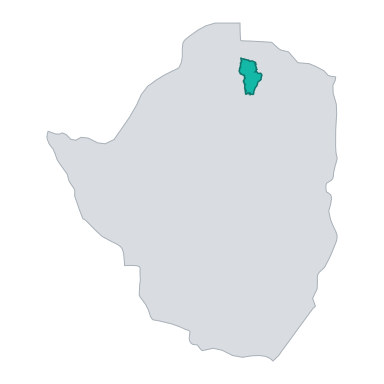 Guruve, Mashonaland Central, Zimbabwe shown in context
{"feature_id": "62879985B94788523957313", "entity_name": "Guruve", "entity_type": "district", "adm_level": 2, "iso_a3": "ZWE", "parent_name": "Zimbabwe", "parent_adm1": "Mashonaland Central", "projection": "equal_earth", "projection_center": [30.574, -16.701], "detail": "fine", "context": "in_parent", "style": "filled", "palette": "teal", "viewbox_px": 384, "rotation_deg": 0, "n_neighbors": 0, "source": "geoboundaries", "source_scale": "gbopen_adm2", "svg_char_len": 5532}
<svg xmlns="http://www.w3.org/2000/svg" viewBox="0 0 384 384"><path d="M273.0,361.0L269.7,358.1L265.1,356.3L259.3,355.5L251.8,355.8L242.5,357.3L232.6,355.5L222.0,350.2L213.1,348.3L202.6,350.6L202.1,350.7L200.3,348.9L197.4,345.0L192.6,344.3L191.3,343.4L190.2,342.0L189.5,340.1L189.2,338.1L190.0,331.7L189.5,331.0L188.3,330.3L185.6,329.5L179.3,326.6L171.3,323.8L158.3,320.7L153.3,319.9L152.1,319.0L150.6,316.6L148.1,309.3L145.7,304.5L140.1,297.0L139.2,294.7L139.5,288.7L139.8,284.0L140.4,279.9L140.1,276.1L140.0,271.3L140.2,268.2L139.4,266.8L137.4,265.8L131.6,265.4L124.6,265.6L124.3,260.7L123.6,253.3L122.3,249.0L120.7,246.8L117.4,244.4L110.9,241.2L102.0,236.4L94.4,229.2L85.6,220.2L82.9,218.7L79.6,210.3L74.6,195.9L74.9,191.1L74.1,188.7L69.3,181.6L68.2,178.0L67.3,174.2L59.7,163.8L57.0,159.3L55.0,153.5L53.0,148.8L51.3,146.9L49.1,143.8L47.6,140.1L46.9,137.4L47.4,133.8L48.1,131.3L55.4,133.9L59.3,134.1L62.4,132.9L66.2,134.6L70.8,139.3L75.8,140.2L81.1,137.3L88.3,138.1L97.5,142.8L105.1,143.8L114.0,139.6L122.0,128.1L129.5,117.2L136.8,104.6L141.3,94.5L147.8,86.2L156.4,79.9L165.3,74.5L178.8,67.9L181.4,62.4L182.3,56.5L182.3,48.2L183.0,42.9L184.4,40.4L186.6,38.5L189.5,36.1L198.4,29.8L205.9,25.8L215.0,23.1L225.0,23.1L234.6,23.1L240.0,23.0L240.1,31.0L240.5,40.0L241.6,40.8L248.8,41.0L260.4,41.6L271.6,42.3L278.7,48.7L281.1,50.1L288.5,51.9L297.9,62.7L309.3,63.7L317.1,67.1L324.0,70.8L327.9,75.2L330.5,76.2L334.0,76.6L335.7,77.0L335.3,80.2L332.9,85.6L333.2,93.3L336.3,104.1L336.7,113.4L335.7,129.9L335.6,145.9L335.9,151.5L336.4,155.3L337.1,157.4L337.0,159.7L335.0,166.4L333.5,173.4L333.4,176.2L332.8,178.2L331.7,180.0L326.7,183.2L325.9,185.2L325.9,188.8L326.5,191.9L328.4,193.0L330.6,194.7L331.4,197.0L331.4,199.4L330.7,203.9L328.7,211.2L330.6,219.7L332.8,225.2L335.8,231.5L337.1,235.4L337.0,238.2L336.5,241.0L331.9,252.5L328.6,259.7L324.5,267.4L319.2,272.3L317.8,274.6L317.3,277.2L317.4,283.0L317.1,289.0L312.6,298.3L315.4,306.2L314.7,307.0L313.2,308.1L306.6,317.1L300.0,326.1L295.2,332.7L289.7,340.3L283.5,348.7L278.3,355.9L273.0,361.0Z" fill="#d9dde1" stroke="#a8b0b8" stroke-width="1"/><path d="M254.9,62.1L254.1,61.9L253.3,61.4L253.1,61.3L252.9,61.2L252.3,61.0L252.0,60.9L251.5,61.0L251.1,61.1L250.8,61.1L250.1,61.0L249.9,61.1L249.5,61.3L249.2,60.8L248.7,60.5L248.6,60.1L248.3,60.0L248.1,60.0L247.9,60.1L247.7,60.1L247.3,60.0L247.1,59.9L246.6,59.7L245.8,59.7L245.3,59.4L245.0,59.3L244.8,59.2L244.5,59.2L244.4,59.3L244.3,59.2L244.2,59.2L243.8,58.8L243.7,58.8L243.3,58.9L243.0,59.0L242.8,59.0L242.6,59.0L242.3,58.8L241.8,58.7L241.6,58.7L241.4,58.8L241.4,58.7L241.3,58.2L240.9,58.2L240.9,58.4L240.9,58.5L241.0,58.6L241.0,58.8L240.9,58.9L240.9,59.0L241.0,59.1L241.1,59.6L241.2,59.8L241.3,60.5L241.6,60.7L241.6,60.8L241.5,61.1L241.5,61.5L241.4,61.6L241.2,61.9L241.1,62.1L241.1,62.4L241.0,62.5L240.9,62.5L240.9,62.8L240.6,63.0L240.4,63.1L240.4,63.3L240.8,63.7L240.8,63.8L240.7,64.0L240.7,64.3L240.6,64.5L240.5,65.0L240.4,65.4L240.3,65.7L240.3,65.9L240.4,66.0L240.4,66.3L240.4,66.6L240.4,66.8L240.5,67.0L240.4,67.0L240.2,67.1L240.0,67.4L240.0,67.6L239.9,67.6L239.8,67.8L239.8,68.0L239.7,68.3L239.7,68.6L239.5,69.0L239.5,69.3L239.7,69.5L239.5,69.9L239.4,70.0L239.3,70.3L239.2,71.0L239.3,71.6L239.4,71.8L239.7,72.0L239.8,72.2L239.9,72.3L240.0,72.5L240.1,72.9L240.0,73.0L240.2,73.4L240.2,73.5L240.3,73.7L240.4,73.8L240.6,73.7L240.8,73.7L240.8,73.8L241.0,74.0L241.3,74.0L241.5,74.1L241.9,74.4L242.0,74.5L242.3,74.5L242.5,74.7L242.6,74.8L242.9,74.9L243.2,75.0L243.3,75.1L243.9,75.1L243.9,75.4L244.0,75.6L244.3,75.4L244.5,75.4L244.5,75.5L244.4,75.7L244.3,76.1L244.4,76.3L244.5,76.5L244.7,77.1L244.7,77.4L244.6,77.5L244.8,77.7L245.0,77.7L245.0,77.9L244.9,77.9L244.8,78.0L244.7,78.1L244.6,78.3L244.8,78.6L244.6,78.8L244.4,79.0L244.3,79.3L244.3,79.5L244.2,79.7L244.1,79.9L243.9,80.1L243.7,80.4L243.7,80.5L243.5,80.8L243.4,80.9L243.4,81.1L243.5,81.2L243.5,81.3L243.5,81.5L243.8,81.7L243.9,81.8L243.8,82.1L244.0,82.1L244.2,83.0L244.3,83.2L244.3,83.4L244.3,83.5L244.6,83.8L244.7,83.7L244.8,83.8L244.9,84.1L244.7,84.4L244.7,84.6L244.8,84.6L244.7,84.7L244.7,84.9L244.6,85.0L244.8,85.3L244.8,85.5L244.9,85.9L244.9,86.0L244.9,86.3L244.9,86.7L244.8,86.8L244.8,87.3L244.7,87.5L244.7,87.9L244.8,88.0L244.7,88.3L244.8,88.4L245.0,88.6L245.0,89.2L245.0,89.4L245.2,89.5L245.1,89.8L245.3,89.8L245.6,90.0L245.8,90.1L245.8,90.4L245.9,90.5L245.8,90.8L245.6,90.8L245.4,91.0L245.3,91.3L245.4,91.5L245.5,91.5L245.4,91.6L245.4,91.8L245.4,92.0L245.5,92.5L245.5,92.9L245.6,93.1L245.6,93.4L245.6,93.5L245.6,93.8L245.6,94.0L246.8,94.1L247.0,93.6L247.6,93.0L248.1,92.9L248.2,93.0L248.4,92.9L248.9,92.7L249.0,92.7L249.1,92.8L249.2,93.9L250.1,93.3L250.3,94.6L251.1,94.0L252.1,94.3L252.9,94.5L253.3,94.2L253.7,93.6L253.7,92.2L254.0,90.9L254.5,89.9L254.8,88.8L255.5,87.2L256.6,86.3L256.7,85.6L257.4,84.5L257.6,82.9L257.8,82.0L260.3,80.3L261.1,79.3L261.0,78.8L261.2,77.8L261.3,76.7L261.7,76.1L261.9,75.2L261.5,74.1L261.0,73.8L260.7,73.3L259.0,73.4L258.3,73.4L257.8,73.2L256.5,71.4L255.8,71.7L255.2,71.8L257.0,69.3L256.1,68.9L256.2,68.3L256.2,68.1L256.3,67.9L256.4,67.7L256.2,67.4L256.2,67.1L255.9,66.8L255.8,66.7L255.9,66.4L255.8,66.1L255.8,65.9L255.7,65.7L255.7,65.8L255.6,65.6L255.6,65.4L255.5,65.2L255.4,65.1L255.3,64.9L255.4,64.7L255.5,64.8L255.5,64.6L255.4,64.6L255.2,64.5L255.2,64.4L255.3,64.2L255.3,64.3L255.4,64.2L255.5,64.0L255.4,64.0L255.4,63.9L255.5,63.9L255.4,63.8L255.5,63.8L255.4,63.7L255.5,63.6L255.7,63.4L255.6,63.2L255.4,63.2L255.4,62.9L255.2,63.0L255.2,62.9L255.3,62.8L255.2,62.7L255.1,62.4L254.9,62.1Z" fill="#14b8a6" stroke="#0f766e" stroke-width="1.5"/></svg>